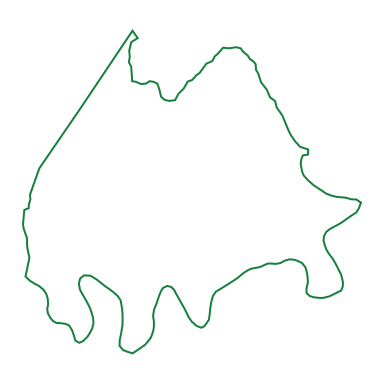 Paula Freitas, Paraná, Brazil
{"feature_id": "56859067B24450380126830", "entity_name": "Paula Freitas", "entity_type": "district", "adm_level": 2, "iso_a3": "BRA", "parent_name": "Brazil", "parent_adm1": "Paraná", "projection": "natural_earth1", "projection_center": [-50.843, -26.173], "detail": "fine", "context": "isolated", "style": "outline", "palette": "green", "viewbox_px": 384, "rotation_deg": 0, "n_neighbors": 0, "source": "geoboundaries", "source_scale": "gbopen_adm2", "svg_char_len": 2780}
<svg xmlns="http://www.w3.org/2000/svg" viewBox="0 0 384 384"><path d="M361.0,202.6L356.3,199.5L351.6,199.3L345.1,197.6L336.9,196.9L331.1,195.5L326.4,193.7L313.7,185.3L307.8,180.1L303.8,175.6L302.1,171.6L300.7,163.9L301.3,159.2L302.8,155.4L307.9,154.6L308.2,149.5L300.2,146.8L295.3,141.6L291.1,135.5L288.7,130.9L282.4,115.6L276.7,107.4L275.1,101.1L270.0,97.3L266.8,89.7L263.2,85.1L261.0,82.2L258.1,73.2L256.0,69.9L255.6,64.0L253.1,61.2L249.9,59.0L247.6,55.4L242.7,51.3L240.7,48.3L236.2,47.2L228.9,48.3L223.1,47.7L217.9,53.7L214.8,56.3L212.3,61.1L206.4,63.6L199.6,73.0L196.3,75.3L192.1,80.0L187.7,81.6L183.6,88.7L178.3,94.0L175.1,100.2L169.0,100.9L164.5,99.8L161.1,96.7L159.1,88.5L157.2,83.5L153.5,81.8L149.5,81.2L146.0,83.6L140.9,84.0L135.9,81.8L132.2,81.2L131.2,66.5L128.9,62.2L129.8,56.8L129.2,50.9L131.2,42.2L137.7,38.1L132.5,30.7L90.4,93.5L80.7,108.0L39.3,168.4L30.0,194.6L30.4,199.4L28.9,204.3L28.7,208.2L24.3,209.9L23.0,224.5L23.7,228.8L27.1,238.5L27.0,243.5L27.5,248.9L29.4,257.8L25.5,276.6L30.0,280.8L34.7,283.7L38.9,285.9L43.4,289.6L46.2,293.7L47.6,298.2L48.2,304.3L47.2,308.8L47.9,313.4L50.3,317.7L52.9,321.0L56.3,322.9L60.8,323.2L65.2,323.8L69.2,325.5L72.1,330.3L73.9,335.5L75.4,340.6L79.3,342.8L83.1,341.1L87.4,336.8L90.1,332.6L92.3,328.3L93.5,322.9L93.0,317.5L91.6,312.7L90.3,308.8L88.5,305.0L86.1,300.4L83.8,296.5L81.8,293.1L79.9,289.6L78.9,283.5L80.2,278.4L84.0,275.4L90.4,275.7L96.2,279.2L101.8,283.5L105.1,286.2L109.7,289.4L112.9,291.8L117.8,296.1L120.6,300.4L121.4,304.5L122.1,309.1L122.5,313.8L122.6,318.9L122.5,324.9L121.0,334.2L119.7,340.2L119.6,346.0L123.3,350.2L128.5,352.1L132.7,353.3L137.0,350.4L141.1,347.6L145.1,344.8L148.2,341.1L151.0,337.3L153.0,331.8L153.9,327.2L153.9,321.4L153.1,315.8L154.0,309.8L156.4,303.9L158.9,296.3L160.8,291.6L163.1,287.9L167.2,285.9L171.3,287.0L173.9,289.6L176.2,293.9L178.9,298.6L182.1,304.4L184.6,308.8L186.7,313.1L188.9,317.5L191.9,321.8L196.8,326.0L201.3,327.7L204.4,326.2L206.8,322.9L208.9,319.7L209.6,314.9L210.3,308.3L211.2,302.3L212.9,296.1L215.9,291.6L219.7,289.4L222.9,287.4L226.3,285.3L230.9,282.4L234.9,279.8L237.9,277.7L241.2,274.9L244.0,272.7L247.2,270.6L250.6,268.9L256.0,267.8L260.5,266.9L264.6,264.9L268.1,263.5L271.8,263.6L275.9,263.9L280.5,263.0L284.4,260.8L289.6,259.3L294.5,259.8L297.7,260.9L302.0,263.0L305.3,267.1L306.5,271.0L307.4,275.3L307.9,282.4L306.5,288.5L306.5,292.9L309.5,295.9L313.4,297.2L318.2,297.8L322.7,298.0L326.3,297.1L329.5,296.3L332.6,294.8L337.0,292.6L341.2,290.5L342.7,286.7L343.0,282.7L342.2,278.8L341.0,274.3L338.9,270.3L336.6,265.6L332.8,258.8L329.0,253.9L326.4,249.6L324.8,245.3L323.5,240.4L324.0,236.0L326.4,231.8L329.9,229.0L333.6,227.0L337.8,224.8L342.3,222.1L346.2,219.3L351.4,215.6L356.3,212.5L358.8,208.4L361.0,202.6Z" fill="none" stroke="#15803d" stroke-width="2"/></svg>